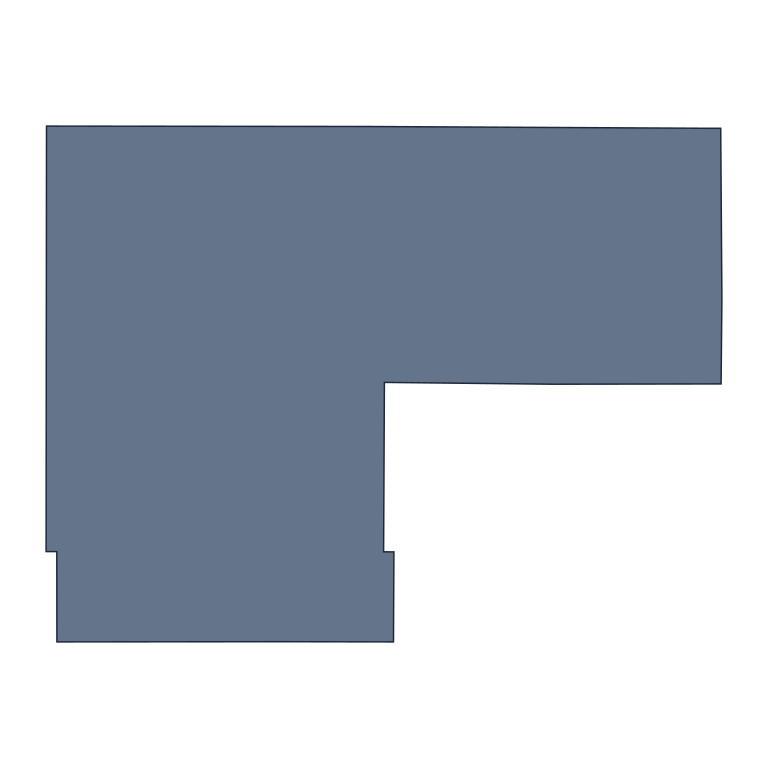 Finney, Kansas, United States of America (Mercator projection)
{"feature_id": "52423323B35440057604027", "entity_name": "Finney", "entity_type": "district", "adm_level": 2, "iso_a3": "USA", "parent_name": "United States of America", "parent_adm1": "Kansas", "projection": "mercator", "projection_center": [-100.646, 38.0], "detail": "fine", "context": "isolated", "style": "filled", "palette": "slate", "viewbox_px": 768, "rotation_deg": 0, "n_neighbors": 0, "source": "geoboundaries", "source_scale": "gbopen_adm2", "svg_char_len": 332}
<svg xmlns="http://www.w3.org/2000/svg" viewBox="0 0 768 768"><path d="M393.5,641.9L393.9,551.9L383.6,551.8L384.4,382.4L552.6,384.2L721.1,383.9L721.9,298.7L720.7,128.3L707.4,128.3L538.2,127.4L368.6,126.5L46.5,126.1L46.1,551.6L56.8,551.6L56.9,641.9L281.5,641.7L393.5,641.9Z" fill="#64748b" stroke="#1e293b" stroke-width="1.5"/></svg>